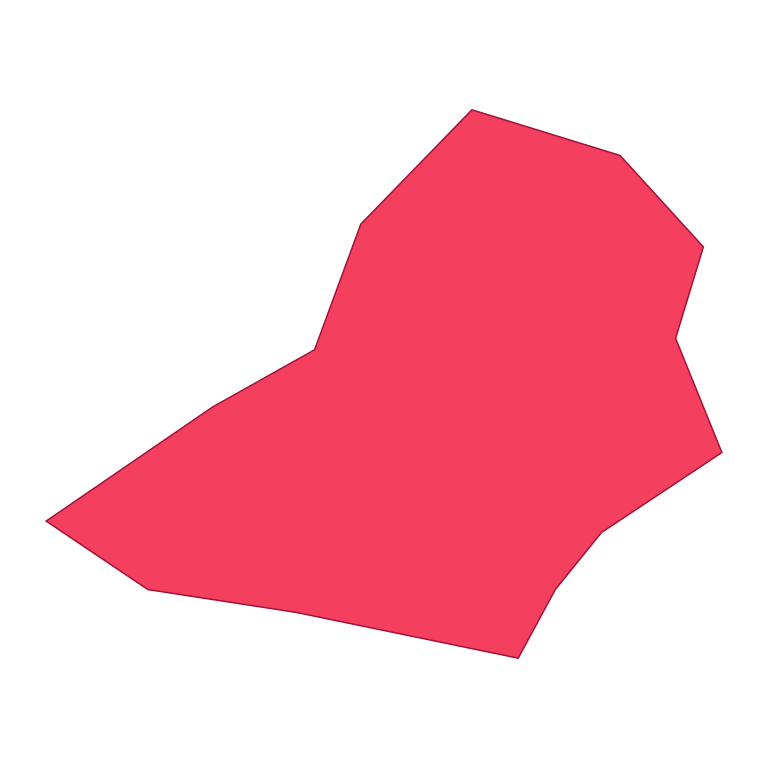 the state/province of Tarxien
{"feature_id": "MLT-5960", "entity_name": "Tarxien", "entity_type": "state/province", "adm_level": 1, "iso_a3": "MLT", "parent_name": "Malta", "parent_adm1": "", "projection": "mercator", "projection_center": [14.508, 35.862], "detail": "fine", "context": "isolated", "style": "filled", "palette": "rose", "viewbox_px": 768, "rotation_deg": 0, "n_neighbors": 0, "source": "natural_earth", "source_scale": "10m", "svg_char_len": 311}
<svg xmlns="http://www.w3.org/2000/svg" viewBox="0 0 768 768"><path d="M721.9,452.5L601.5,532.5L555.3,589.6L518.2,658.2L296.0,612.4L147.9,589.6L46.1,521.1L212.7,406.9L314.6,349.7L360.8,224.1L471.9,109.8L620.1,155.5L703.4,246.9L675.6,338.3L721.9,452.5Z" fill="#f43f5e" stroke="#9f1239" stroke-width="1.5"/></svg>